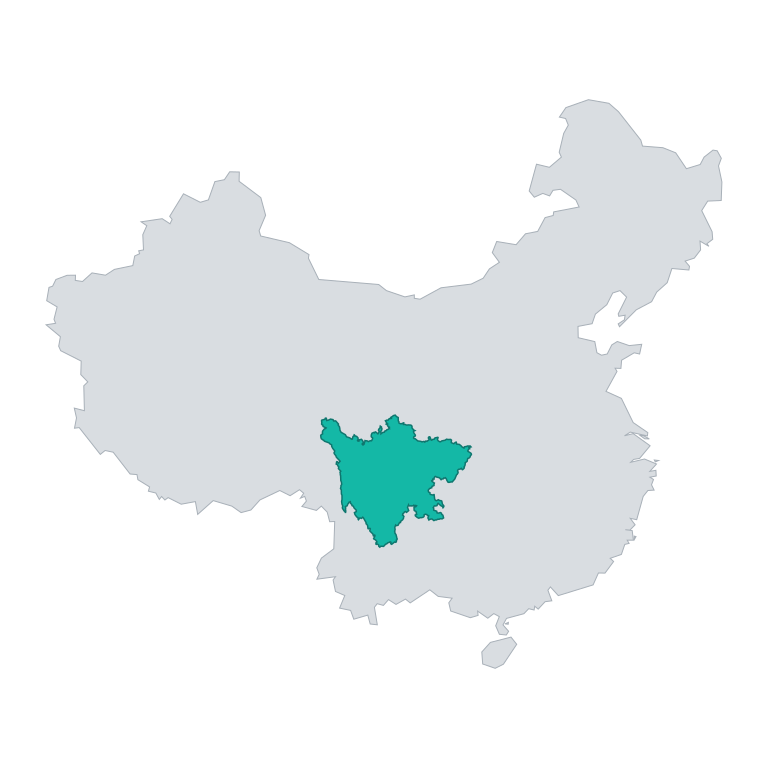 Sichuan highlighted on a map of China
{"feature_id": "CHN-1809", "entity_name": "Sichuan", "entity_type": "Province", "adm_level": 1, "iso_a3": "CHN", "parent_name": "China", "parent_adm1": "", "projection": "orthographic", "projection_center": [103.034, 30.167], "detail": "fine", "context": "in_parent", "style": "filled", "palette": "teal", "viewbox_px": 768, "rotation_deg": 0, "n_neighbors": 0, "source": "natural_earth", "source_scale": "10m", "svg_char_len": 9761}
<svg xmlns="http://www.w3.org/2000/svg" viewBox="0 0 768 768"><path d="M470.3,617.7L450.7,611.0L448.8,602.8L452.1,598.2L438.2,596.4L429.8,589.8L410.2,602.9L405.5,599.1L396.0,604.4L388.5,599.6L383.4,605.4L377.2,603.7L374.4,607.3L377.3,624.8L370.2,624.0L367.8,615.1L353.8,619.2L350.6,610.4L339.6,608.1L344.8,595.5L335.5,591.5L333.1,580.0L335.5,576.7L316.9,579.2L319.2,574.3L316.8,567.8L321.4,558.1L333.8,548.8L334.7,521.5L329.7,521.7L327.2,512.1L321.3,506.1L316.4,510.4L301.9,506.5L306.4,501.1L304.7,496.4L300.4,498.2L303.7,493.2L299.5,489.7L290.1,495.7L279.8,490.5L260.0,499.9L250.9,510.0L241.1,512.6L231.8,506.1L213.2,500.6L197.7,514.4L195.4,501.6L181.2,504.2L168.1,497.6L164.9,500.0L161.6,496.5L159.3,499.4L155.8,493.0L148.4,491.2L149.6,486.9L137.9,479.7L137.0,474.6L130.1,474.0L113.2,452.2L105.1,450.5L100.3,454.4L79.2,427.6L74.5,428.2L76.5,417.9L74.3,408.1L84.4,410.7L83.8,385.8L87.8,381.9L80.8,374.6L81.2,361.1L60.7,350.7L58.7,346.2L60.4,336.7L46.1,324.8L55.6,323.3L54.0,319.3L57.1,306.9L46.7,300.7L49.0,287.4L52.6,286.2L55.9,279.5L67.1,275.3L75.5,275.2L75.3,280.4L82.5,281.5L92.0,272.9L105.5,275.2L114.4,269.4L132.8,265.6L134.7,256.0L139.6,253.7L138.7,250.8L143.5,249.9L142.8,234.7L146.8,225.7L141.1,221.8L162.2,218.7L170.0,223.8L172.1,219.4L169.7,216.3L183.5,193.8L200.3,202.3L208.4,199.9L214.9,181.6L224.4,179.7L229.7,171.8L239.3,172.0L239.1,181.3L260.8,197.6L265.6,215.3L259.1,230.7L260.7,236.0L289.4,242.7L309.0,254.6L308.4,258.2L318.8,279.5L378.7,284.5L386.4,290.6L404.9,296.9L414.3,294.9L414.3,298.3L420.1,299.2L441.0,287.8L471.2,284.1L483.2,278.2L489.4,268.9L499.4,262.3L492.3,252.6L496.7,241.5L516.1,244.7L525.5,233.8L537.7,231.4L545.1,217.6L553.2,215.5L553.7,211.9L579.1,207.0L575.9,200.0L560.5,189.3L553.0,190.3L549.6,195.9L542.8,193.4L534.3,197.2L529.2,191.0L536.5,164.2L549.4,167.3L561.4,157.1L559.2,152.3L563.7,133.4L568.3,125.1L565.6,118.5L559.4,117.1L565.9,107.6L588.4,99.7L608.9,103.3L618.5,111.7L640.8,140.1L642.5,146.1L662.9,147.7L675.7,152.8L686.4,168.7L700.2,164.5L704.1,157.1L713.0,150.1L717.2,150.8L721.3,158.3L718.5,165.9L721.9,182.0L721.2,200.5L707.7,201.1L701.7,210.6L712.1,231.7L712.7,239.3L706.9,243.7L708.9,246.3L700.0,241.1L700.6,249.9L694.3,258.1L685.1,261.1L689.5,266.3L688.9,270.0L671.9,268.5L667.2,282.7L656.7,292.1L651.6,301.7L636.3,309.8L619.5,326.7L618.2,323.9L624.4,319.8L625.1,315.2L618.8,316.3L618.2,313.9L626.6,297.1L620.0,290.6L612.7,293.0L606.8,304.7L595.4,314.1L592.1,323.7L578.0,326.4L578.2,337.7L594.8,341.6L596.9,352.7L601.5,355.2L607.2,354.0L611.8,344.9L617.3,341.5L629.2,345.6L641.7,344.3L639.6,354.0L634.2,352.8L621.6,360.2L620.9,368.4L615.1,368.2L617.0,371.4L606.0,391.4L621.4,398.4L633.2,422.6L647.8,432.6L647.4,435.9L630.3,432.1L624.5,435.8L633.2,433.6L650.1,445.8L639.6,458.4L633.7,459.4L630.7,462.3L644.5,459.0L656.5,464.0L649.8,471.4L655.9,470.3L656.2,476.0L649.9,477.2L653.5,479.5L651.5,484.8L654.1,490.1L647.9,490.5L643.2,496.4L636.7,519.7L630.2,518.3L635.1,524.8L629.9,530.1L625.3,529.7L632.2,530.6L633.4,540.2L627.2,540.2L629.1,543.4L624.8,544.4L621.4,554.4L610.2,558.3L613.6,561.5L605.0,573.1L598.4,573.0L593.1,584.9L558.3,595.6L550.4,586.9L547.9,590.2L551.8,600.8L545.1,601.7L538.2,609.1L534.7,606.2L534.1,610.0L528.7,608.7L523.9,613.7L506.5,618.4L503.0,624.9L508.6,631.3L506.3,635.0L499.4,634.3L495.7,625.8L499.3,616.6L493.8,613.6L487.8,618.2L477.6,611.1L478.1,615.4L470.3,617.7ZM511.0,637.1L516.7,644.3L503.4,664.2L495.2,668.3L482.7,664.0L481.8,652.0L490.4,642.4L511.0,637.1ZM649.3,438.9L644.7,438.8L640.0,435.4L643.4,435.6L649.3,438.9ZM658.6,460.5L655.3,461.9L654.3,460.0L658.6,460.5ZM636.0,536.6L634.4,539.4L634.3,536.1L636.0,536.6ZM504.9,623.9L508.4,622.4L508.2,624.2L504.9,623.9Z" fill="#d9dde1" stroke="#a8b0b8" stroke-width="1"/><path d="M471.0,446.9L468.9,447.5L469.7,448.7L468.8,449.0L467.7,450.9L467.9,451.3L470.8,453.1L471.3,453.8L471.4,454.7L470.5,455.6L470.0,457.1L469.3,457.9L467.7,458.5L467.1,461.4L465.2,462.7L465.3,463.4L464.9,465.7L464.0,467.1L464.3,467.7L464.0,468.4L462.6,469.7L462.2,469.6L461.2,468.3L460.2,469.1L458.6,469.3L457.9,470.0L457.5,470.9L458.1,472.1L458.0,472.9L457.2,474.3L456.6,474.7L454.8,479.0L452.2,482.0L451.2,481.9L448.9,482.4L448.0,482.2L446.9,480.4L446.3,478.8L445.3,477.7L444.7,478.1L443.8,478.0L443.4,478.8L442.0,479.0L441.1,479.7L439.5,477.8L436.4,477.0L435.4,476.4L434.9,476.6L434.0,478.1L434.1,479.0L432.8,479.0L432.7,479.3L433.0,480.0L431.7,480.7L431.9,481.3L434.4,483.1L434.0,484.1L434.0,485.5L432.0,486.4L431.7,487.8L431.0,487.8L430.5,488.3L429.6,488.5L428.2,490.2L428.4,491.6L428.7,492.1L429.9,492.6L430.0,494.0L430.6,494.5L433.4,495.1L433.7,494.6L434.1,494.6L434.7,499.2L435.5,500.4L436.5,500.7L438.3,499.7L439.8,500.6L440.9,500.6L441.8,501.1L442.4,504.0L443.9,506.0L443.7,506.8L443.0,507.7L442.5,506.5L441.0,505.8L438.1,503.3L437.4,504.3L437.0,505.6L435.5,506.0L434.6,505.8L434.0,506.2L433.7,507.1L433.2,507.6L433.7,508.4L433.7,510.2L436.7,511.2L437.1,512.9L438.8,513.1L440.2,512.5L441.1,512.9L441.5,513.3L441.7,514.3L442.9,515.2L443.6,517.9L442.1,518.9L440.2,518.7L439.4,519.2L437.5,519.3L436.6,519.9L435.4,519.9L433.9,520.6L432.1,519.1L431.4,519.0L429.9,519.3L428.9,520.0L427.9,517.9L428.4,516.9L428.6,515.6L427.5,515.6L427.0,514.6L425.4,514.2L424.2,514.7L424.0,516.5L423.0,517.3L421.4,517.7L420.4,517.6L418.8,518.2L417.3,517.5L415.4,515.9L415.2,515.0L416.7,514.3L416.2,512.8L416.4,512.1L415.7,511.2L414.6,510.8L414.1,510.2L414.0,507.2L415.8,506.7L416.6,505.8L415.8,505.4L414.5,505.7L413.9,505.2L413.7,505.6L411.7,506.0L411.1,505.7L410.0,506.0L408.7,505.7L408.5,505.0L407.5,507.3L408.7,510.6L406.5,512.4L405.4,511.5L404.4,512.0L403.9,512.9L402.8,513.7L402.6,515.2L403.2,515.3L403.6,516.3L404.3,516.1L403.7,516.7L403.5,518.3L402.7,519.7L400.4,521.6L400.5,522.5L399.4,522.8L398.0,525.3L396.2,525.7L395.7,525.1L394.8,527.2L395.1,529.7L394.6,531.3L394.9,531.8L394.9,533.1L396.0,534.6L396.7,537.3L396.8,538.2L397.2,538.9L396.9,539.8L396.3,540.1L396.4,541.5L396.2,542.0L395.6,542.3L394.6,542.0L391.7,544.3L390.7,543.7L391.0,542.3L390.1,541.8L389.2,542.4L387.7,542.8L386.8,543.8L385.6,544.2L383.6,546.4L380.8,546.2L379.8,547.2L378.8,546.3L378.6,544.9L377.2,544.0L376.4,544.4L376.0,544.2L375.9,542.9L376.8,542.3L376.9,541.8L375.5,539.8L374.1,539.2L373.6,538.6L374.8,536.4L374.9,535.3L374.4,535.1L373.9,536.0L373.4,535.9L372.8,533.9L370.0,531.2L369.8,530.6L370.3,528.9L370.2,528.5L369.3,528.4L368.4,528.8L368.0,528.6L367.6,525.6L366.9,524.4L366.1,523.8L366.1,522.6L363.2,517.5L362.6,517.2L361.6,518.4L360.0,517.9L358.4,519.7L358.1,519.2L358.0,517.6L356.8,517.0L355.0,514.6L354.4,512.6L356.3,511.6L356.2,510.1L354.1,508.0L353.4,506.3L352.0,505.6L351.8,504.5L350.5,503.3L350.3,501.7L348.9,502.3L348.5,503.3L347.8,504.0L347.2,505.8L345.6,506.4L345.3,506.7L345.7,507.8L345.5,509.7L345.8,511.0L345.5,513.0L345.3,512.1L343.8,510.6L343.8,510.1L343.2,509.6L342.3,507.9L342.6,506.9L342.6,505.5L342.0,504.3L341.6,501.5L342.0,499.5L342.0,495.3L341.4,494.0L341.3,489.9L340.5,488.5L341.0,486.6L340.9,485.8L341.7,484.3L341.4,482.0L340.8,480.6L340.6,475.5L340.3,475.0L340.3,473.6L340.0,472.2L340.8,471.2L338.5,468.7L338.4,468.3L338.8,466.9L337.8,465.8L337.4,464.7L336.2,464.0L336.4,463.7L336.5,462.1L336.9,461.6L337.3,461.7L338.5,463.1L340.1,461.2L336.3,457.1L335.9,455.8L334.2,453.6L334.1,452.5L334.5,452.1L334.7,450.9L332.8,448.5L331.7,446.4L331.6,444.8L329.9,443.9L329.1,442.9L324.4,441.2L323.7,440.2L323.2,440.1L321.4,438.8L321.0,437.8L320.7,435.6L321.2,434.7L322.6,433.9L322.4,432.1L322.7,431.0L324.4,428.9L325.6,428.5L326.1,427.9L323.1,426.5L322.8,425.1L322.0,424.7L321.6,424.1L321.8,422.2L321.5,420.8L321.8,420.1L324.9,419.3L325.3,418.2L325.6,418.1L326.1,418.1L326.5,418.9L326.7,420.5L328.3,420.2L330.5,419.1L333.0,419.6L333.8,421.0L335.7,420.9L338.5,424.1L338.1,424.9L339.5,426.9L339.9,429.2L339.9,430.1L341.1,432.3L345.4,434.7L346.5,436.8L349.6,437.8L351.9,439.3L352.3,439.1L353.0,436.5L353.8,436.1L354.2,434.8L354.4,434.9L355.2,436.0L356.7,436.4L358.0,437.9L358.1,439.3L357.5,440.6L357.8,441.0L358.9,441.2L359.4,439.8L361.4,439.3L362.5,440.5L363.5,442.5L362.1,444.0L363.0,445.0L364.0,444.3L364.6,442.0L365.1,441.2L365.0,440.6L367.2,440.9L368.3,441.6L370.3,440.7L371.1,440.9L371.7,440.6L372.6,438.6L372.5,437.7L371.4,437.0L371.2,436.4L371.3,434.9L372.0,433.2L373.9,432.4L374.6,432.8L375.1,432.0L375.5,431.9L376.6,432.6L377.7,433.8L378.2,433.7L379.3,431.5L378.5,430.6L378.6,429.6L378.9,429.0L379.9,428.2L380.3,426.1L381.5,427.0L381.5,427.8L382.0,428.9L381.5,430.5L380.6,431.8L381.0,432.8L381.0,433.8L382.8,432.4L384.3,432.2L384.9,431.0L386.2,430.6L386.9,429.7L388.2,429.3L389.2,428.5L389.1,428.3L389.4,428.4L389.1,427.5L389.4,427.2L387.8,426.1L387.4,425.4L387.6,424.2L386.9,424.2L387.4,423.8L386.3,423.1L386.6,422.6L385.4,420.8L386.8,420.1L388.0,420.2L389.2,418.7L391.5,418.4L391.5,418.1L390.7,417.6L390.9,417.3L392.5,416.4L393.3,415.6L395.2,415.1L396.5,416.6L398.2,417.5L398.3,421.0L398.9,421.7L398.9,422.9L399.4,423.3L400.3,423.7L401.6,423.7L403.6,422.8L403.8,422.9L403.3,424.2L403.4,424.5L404.9,424.4L406.6,425.1L408.6,424.9L410.9,425.1L411.6,425.6L412.0,426.3L412.0,427.9L413.6,429.9L414.9,430.6L413.5,431.2L413.7,432.7L415.4,435.2L415.0,436.3L414.1,436.5L413.7,437.0L413.6,438.0L414.0,438.5L415.3,438.8L417.7,440.9L421.0,441.4L422.0,441.9L424.0,441.4L424.8,442.1L425.9,441.0L427.0,441.3L429.1,439.7L429.2,439.2L428.3,438.0L428.6,437.2L429.2,436.8L429.8,436.8L430.7,438.6L430.9,439.8L431.6,440.2L433.0,439.3L434.1,439.3L435.0,437.9L437.8,437.3L438.1,437.7L437.5,439.1L437.6,440.0L438.3,440.9L439.9,441.8L440.6,441.7L441.8,440.9L445.2,440.2L446.5,439.2L448.1,439.5L450.7,439.4L451.5,440.2L451.2,442.4L451.4,442.7L453.8,443.7L455.4,442.3L456.3,442.2L456.6,444.1L459.3,444.4L461.0,445.7L462.0,446.9L463.8,448.0L464.1,448.0L464.2,447.1L464.7,446.7L466.5,446.5L467.3,446.0L470.2,446.0L471.0,446.9Z" fill="#14b8a6" stroke="#0f766e" stroke-width="1.5"/></svg>